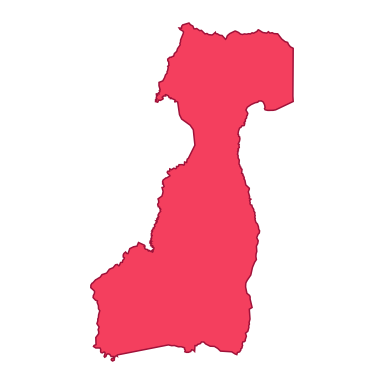 Bugaba, Chiriquí, Panama
{"feature_id": "35544464B94237037415944", "entity_name": "Bugaba", "entity_type": "district", "adm_level": 2, "iso_a3": "PAN", "parent_name": "Panama", "parent_adm1": "Chiriquí", "projection": "mercator", "projection_center": [-82.702, 8.679], "detail": "fine", "context": "isolated", "style": "filled", "palette": "rose", "viewbox_px": 384, "rotation_deg": 0, "n_neighbors": 0, "source": "geoboundaries", "source_scale": "gbopen_adm2", "svg_char_len": 5984}
<svg xmlns="http://www.w3.org/2000/svg" viewBox="0 0 384 384"><path d="M179.1,28.0L180.0,29.4L182.9,31.1L183.5,32.0L183.2,33.6L180.6,39.9L180.5,41.9L179.9,43.4L180.2,44.8L177.5,48.7L176.7,51.4L174.4,53.5L173.6,56.2L172.3,56.5L171.3,57.3L170.0,57.2L167.7,59.1L167.8,60.8L168.6,61.7L168.9,65.4L167.7,66.3L168.2,67.2L167.7,70.3L167.0,71.8L167.1,73.1L165.5,74.9L164.6,77.6L162.8,80.9L159.0,82.4L159.0,85.8L160.1,89.7L159.4,90.4L159.9,91.0L159.7,91.8L158.5,92.9L158.9,93.7L158.1,93.6L157.5,94.4L156.9,93.8L156.3,94.0L156.5,95.3L157.2,95.0L157.5,95.3L156.6,96.2L156.2,98.2L157.0,99.0L155.8,99.6L156.2,100.2L155.6,100.4L155.9,101.1L155.6,101.6L157.7,102.2L158.8,100.1L160.4,100.4L162.9,99.1L163.1,98.4L162.2,97.4L162.4,96.9L163.1,96.7L163.4,96.0L165.6,96.0L165.4,94.7L165.9,94.6L168.2,95.7L169.2,97.6L171.1,98.0L170.8,98.6L171.9,98.6L174.8,99.8L175.2,100.3L174.7,101.5L174.9,101.9L176.7,101.4L177.7,102.1L179.5,114.7L181.6,119.0L190.2,125.2L193.3,129.7L194.9,145.2L188.4,158.3L187.2,159.2L186.6,162.5L184.6,162.0L184.3,164.7L183.8,165.1L182.2,164.6L179.0,164.7L178.3,166.4L176.5,166.5L176.6,167.9L175.8,168.7L173.7,168.2L171.6,169.7L169.8,168.9L169.6,171.1L167.6,171.3L167.2,172.3L167.9,173.6L169.9,175.4L169.9,175.9L166.7,177.9L165.9,177.9L163.1,180.1L162.5,182.0L163.2,183.1L162.6,183.9L163.4,184.5L164.1,186.5L163.1,187.3L162.0,187.5L163.1,191.4L162.6,193.9L161.9,196.1L158.0,198.9L158.6,200.6L158.7,202.6L157.7,204.2L158.0,205.9L158.4,206.2L158.3,206.7L159.6,207.3L159.7,208.5L160.5,208.7L160.7,209.6L160.2,209.9L160.2,210.9L160.6,211.4L159.2,212.9L158.0,215.1L158.7,216.6L157.7,217.3L158.3,217.9L156.9,218.8L157.5,219.3L156.8,219.5L157.1,221.0L156.3,220.9L156.9,221.5L156.8,222.3L156.0,222.4L156.3,223.1L154.4,224.7L154.9,226.5L154.3,227.0L154.0,227.9L153.5,227.9L153.7,228.6L153.0,228.8L151.7,231.0L152.5,231.2L151.2,234.0L152.1,235.5L151.4,235.8L151.7,236.5L151.4,237.4L151.7,238.1L151.0,238.7L151.3,239.4L150.8,240.0L151.0,240.7L150.6,240.9L151.4,241.2L150.6,241.5L150.8,241.9L150.3,242.1L150.8,242.5L150.2,242.9L151.1,243.3L150.4,243.6L151.4,245.2L150.9,245.7L151.7,246.1L152.6,245.7L153.0,246.7L152.5,246.8L152.4,247.3L153.8,247.7L153.9,248.8L153.2,250.0L153.0,251.6L152.2,252.6L152.5,251.7L151.7,251.5L151.8,250.7L151.0,251.5L149.3,250.5L148.8,251.0L148.0,250.6L147.9,249.8L147.1,249.4L145.6,249.3L144.7,248.4L144.9,247.9L144.2,246.6L145.0,246.1L144.4,245.2L138.5,242.5L137.0,246.1L133.5,246.8L129.8,248.6L128.0,253.6L126.8,253.5L125.6,252.0L123.9,253.5L123.2,255.0L123.2,257.0L124.4,257.8L124.2,258.7L122.8,260.3L122.4,262.3L120.6,262.5L119.3,265.6L118.7,265.8L117.3,264.4L115.5,264.8L113.1,267.7L109.4,269.2L106.6,273.1L102.0,274.6L100.3,277.1L95.5,279.9L92.8,282.9L92.0,283.3L90.9,285.1L90.8,287.7L94.2,290.8L94.6,291.8L94.3,293.7L93.3,295.6L93.1,297.6L95.5,300.2L97.4,300.9L97.2,302.6L98.4,305.6L98.5,308.8L99.8,310.7L98.6,314.8L98.4,317.7L97.8,318.9L97.8,320.9L96.9,323.7L99.1,327.0L98.1,329.7L98.7,331.8L98.6,333.8L95.8,337.5L96.0,344.6L94.0,345.5L93.5,346.5L95.8,348.0L100.0,348.0L100.7,349.3L100.6,351.5L101.0,352.5L102.3,352.9L104.0,352.0L104.8,352.3L105.1,353.3L104.1,356.3L104.7,357.2L105.9,356.5L106.7,354.4L108.0,353.8L109.8,354.4L111.1,356.5L113.4,356.5L113.7,357.2L113.4,358.1L111.7,358.7L111.2,359.5L111.5,360.3L112.7,361.0L114.3,360.1L114.4,358.2L115.1,356.3L116.4,355.8L117.3,356.3L117.0,355.3L117.5,354.9L168.4,344.9L171.7,345.7L174.4,345.5L178.4,346.8L181.2,346.7L183.7,347.5L184.6,348.0L184.5,349.0L185.3,350.3L184.8,351.7L186.3,352.3L188.4,352.3L190.7,351.5L191.6,349.8L193.4,350.2L194.6,351.4L195.0,345.6L196.7,345.7L197.5,344.5L200.5,343.5L201.4,342.0L203.8,342.0L205.6,343.9L210.1,346.2L214.4,346.4L217.7,348.4L220.5,351.1L231.7,351.8L235.0,353.9L236.8,354.6L237.4,352.5L239.6,351.9L240.9,349.9L240.8,348.9L242.1,347.8L242.0,346.8L242.6,345.6L242.2,343.9L242.7,342.1L243.2,341.7L244.0,341.8L245.3,340.8L245.3,339.5L246.4,336.2L245.5,333.2L247.8,331.3L248.9,327.4L248.7,325.8L249.4,324.1L249.1,322.5L250.0,319.1L249.3,309.2L252.1,307.5L250.1,299.0L250.1,296.8L249.5,295.4L246.9,293.3L245.6,287.0L245.7,284.5L245.9,282.8L247.2,280.3L250.8,275.0L252.5,267.3L254.6,262.3L256.4,259.6L255.9,256.6L256.1,253.7L256.8,251.5L256.4,246.1L257.7,243.6L258.2,240.8L256.7,237.7L258.1,234.3L259.3,233.0L259.6,230.8L258.7,229.2L258.4,226.6L257.4,224.0L255.9,222.4L255.0,219.3L255.3,218.4L254.7,217.2L255.2,215.7L254.7,214.2L254.9,212.5L253.8,211.1L253.7,209.3L252.2,206.9L251.9,205.2L250.5,204.7L250.0,203.7L250.2,202.5L249.6,200.6L250.9,199.2L249.4,198.5L249.6,196.5L248.3,191.9L249.3,189.1L249.3,188.2L245.8,184.9L244.9,180.2L243.9,178.8L244.3,178.0L243.6,176.1L242.9,175.6L243.1,174.9L242.6,173.7L241.6,173.4L242.0,169.3L240.9,168.4L240.8,167.2L240.1,166.8L239.7,165.0L239.0,164.0L239.3,160.1L238.1,157.9L238.1,155.3L237.4,154.2L237.9,152.9L237.6,151.6L238.4,150.9L237.9,150.1L238.4,149.5L238.1,148.7L239.3,147.5L238.9,145.5L239.2,144.5L238.2,143.9L239.5,141.1L239.9,138.9L239.6,136.8L238.7,136.4L238.6,134.8L238.0,134.4L238.5,131.0L239.6,128.0L240.9,127.4L241.9,125.8L244.0,125.6L244.4,125.1L244.7,123.2L244.1,123.1L244.2,122.4L245.4,121.2L245.3,119.4L246.5,118.1L246.7,115.9L247.3,115.3L247.8,113.3L245.9,110.0L247.3,107.2L251.1,104.6L255.0,102.8L257.8,102.2L258.7,101.1L261.3,100.9L263.2,102.0L264.5,104.7L265.1,107.4L264.5,108.6L265.1,109.8L267.8,110.4L273.1,110.3L275.7,109.8L293.2,101.5L292.9,96.2L293.2,48.3L290.4,46.8L288.5,44.5L287.6,42.4L285.0,41.6L281.7,39.0L277.7,33.8L273.9,33.6L272.2,32.7L269.9,33.1L268.4,31.7L266.7,33.1L262.8,32.5L258.5,29.8L257.8,30.1L257.0,31.4L253.5,33.2L252.1,32.8L250.4,33.9L248.5,33.7L246.6,34.2L244.4,33.9L242.5,34.5L240.5,34.1L238.6,32.5L235.6,31.1L234.8,31.1L230.1,33.4L228.4,34.7L227.2,36.0L226.3,38.5L225.5,39.3L222.1,35.5L219.6,35.2L217.4,33.8L216.3,33.8L215.6,33.2L215.4,32.3L212.9,34.5L211.9,35.0L208.6,34.6L207.0,33.5L205.0,33.9L201.5,30.4L199.6,30.6L196.7,28.5L195.1,28.9L193.9,28.7L192.9,26.1L190.4,24.7L189.0,23.0L182.7,24.9L181.7,26.2L181.5,28.2L179.1,28.0Z" fill="#f43f5e" stroke="#9f1239" stroke-width="1.5"/></svg>